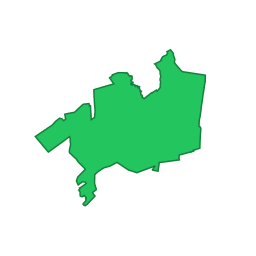 outline of Radovan, Dolj, Romania, rotated 306°
{"feature_id": "2599482B75372531804505", "entity_name": "Radovan", "entity_type": "district", "adm_level": 2, "iso_a3": "ROU", "parent_name": "Romania", "parent_adm1": "Dolj", "projection": "natural_earth1", "projection_center": [23.572, 44.174], "detail": "fine", "context": "isolated", "style": "filled", "palette": "green", "viewbox_px": 256, "rotation_deg": 306, "n_neighbors": 0, "source": "geoboundaries", "source_scale": "gbopen_adm2", "svg_char_len": 5534}
<svg xmlns="http://www.w3.org/2000/svg" viewBox="0 0 256 256"><g transform="rotate(306 128 128)"><path d="M110.7,177.7L118.5,173.6L121.6,177.0L132.4,188.3L133.8,186.8L136.3,185.3L139.0,187.6L146.0,193.2L145.8,193.3L147.8,194.6L148.1,194.1L148.8,194.5L148.8,194.3L153.9,198.0L159.3,194.3L170.7,187.0L170.8,186.6L170.7,186.4L170.9,186.1L171.1,185.7L171.3,185.6L171.1,184.4L176.2,181.1L176.8,180.8L178.4,180.2L179.7,179.5L181.5,178.6L185.7,176.3L186.6,175.8L189.4,174.2L191.9,173.0L192.5,172.6L194.3,171.8L195.5,171.1L196.1,170.8L197.2,170.1L199.0,169.1L201.4,168.0L202.0,167.7L203.8,166.7L204.9,166.2L207.0,165.1L208.2,164.4L209.6,163.8L210.1,163.5L211.2,163.2L211.3,162.9L216.2,159.5L213.3,153.9L205.5,138.8L205.9,136.1L206.9,131.6L208.1,127.3L208.5,126.9L211.1,125.6L213.4,122.2L215.0,120.7L216.3,116.4L212.6,114.6L212.3,115.3L211.9,115.9L211.8,116.1L211.4,116.1L209.8,116.1L209.5,116.3L208.5,115.5L207.7,115.1L207.2,114.7L206.5,114.3L206.1,114.2L205.1,114.2L204.8,114.2L204.5,114.3L202.7,114.5L202.0,114.7L201.9,114.8L201.9,115.0L201.8,114.9L200.5,114.6L195.5,111.9L195.5,112.4L195.8,112.7L194.3,115.4L193.8,116.5L193.7,117.0L193.7,117.7L193.6,118.6L192.9,120.3L192.6,120.7L192.3,121.1L191.8,121.4L191.0,121.9L190.7,122.3L190.3,122.7L189.1,124.1L188.7,124.3L188.0,124.6L187.3,124.8L185.7,125.7L185.3,126.1L185.0,126.8L184.6,127.2L182.9,128.1L182.2,128.6L181.5,129.0L180.3,129.8L179.5,130.2L179.5,130.3L175.0,129.9L175.1,129.4L175.3,128.6L174.4,128.3L171.7,127.2L170.4,126.8L170.3,126.7L170.3,126.3L162.6,124.2L161.2,123.8L161.3,123.5L161.3,122.5L161.2,122.2L161.1,121.7L161.1,121.4L161.3,121.2L162.0,121.1L162.5,120.5L162.8,119.8L162.8,119.7L162.5,119.1L162.5,118.8L162.9,118.4L163.3,118.2L164.4,117.4L164.6,117.3L165.3,117.3L165.5,117.3L165.5,117.2L165.5,116.9L164.8,116.7L164.7,116.6L164.7,116.4L164.9,116.3L165.6,116.1L165.8,115.2L166.2,114.8L166.7,114.1L166.6,113.4L166.7,113.2L166.9,113.0L167.1,113.0L167.3,113.0L167.6,113.2L168.1,113.2L168.3,113.1L168.3,112.9L168.2,112.8L167.9,112.5L166.8,112.5L166.6,112.4L166.9,112.1L167.1,111.7L167.6,111.4L167.6,110.5L167.6,110.3L167.3,110.1L166.3,110.0L166.1,109.8L166.0,109.7L166.0,109.1L166.2,108.9L166.8,108.6L166.9,108.2L166.5,108.0L166.5,107.7L166.6,107.3L166.5,107.1L166.3,106.6L166.2,106.4L166.0,106.2L165.6,106.3L165.4,106.2L165.4,105.9L165.3,105.5L164.9,105.3L164.9,105.1L165.1,104.5L165.3,104.3L165.5,104.2L166.0,104.2L166.2,104.4L166.6,105.2L166.9,105.4L167.4,105.5L167.6,105.5L167.8,105.2L167.9,104.9L167.6,104.7L167.3,104.4L167.2,104.2L167.3,103.9L167.6,103.7L167.9,103.4L167.8,103.1L167.8,102.8L168.0,102.4L168.6,102.2L169.0,102.3L169.5,102.8L170.3,102.3L171.1,101.9L171.2,101.7L171.2,101.4L171.6,101.1L172.1,101.0L172.3,100.8L172.3,100.7L172.3,100.4L172.2,100.3L171.6,100.6L171.4,100.5L171.3,100.3L171.4,100.2L171.5,99.6L171.6,99.2L171.4,99.0L170.9,98.6L170.9,98.3L171.3,97.8L171.1,97.2L171.8,96.3L172.0,95.9L172.0,95.6L171.9,95.2L172.1,94.7L172.0,94.3L171.9,94.3L171.3,94.3L171.1,93.9L170.9,93.8L171.0,93.5L171.0,93.4L170.9,93.2L170.6,93.0L170.6,92.5L170.5,92.3L170.1,91.8L169.9,91.6L169.6,91.1L168.4,89.5L168.1,88.9L167.9,88.8L166.9,87.6L166.7,87.3L164.9,86.1L164.5,85.9L163.3,85.0L162.6,84.7L161.9,84.1L161.7,84.1L161.5,84.3L161.5,84.6L161.4,84.6L161.2,84.4L160.3,84.3L159.8,84.5L158.8,83.9L157.7,83.6L155.4,90.6L139.0,77.9L138.1,78.6L137.9,78.6L137.1,79.2L136.2,80.0L135.6,80.4L134.9,81.1L133.8,81.8L132.0,83.3L131.2,84.0L130.0,84.9L129.5,85.4L128.8,86.0L127.9,86.6L125.6,88.7L124.9,89.3L124.4,89.8L123.3,90.7L120.8,92.4L119.5,93.1L118.8,93.6L116.9,94.7L113.2,93.4L115.4,91.5L116.7,90.5L118.4,89.1L121.6,86.4L124.0,84.6L124.0,84.4L123.2,83.8L124.7,82.3L124.8,82.1L120.9,77.8L120.7,77.7L117.4,77.0L109.3,75.5L104.0,70.5L102.0,68.8L99.5,71.3L98.7,72.3L96.3,71.8L96.1,71.6L96.1,71.4L96.2,71.0L96.5,70.1L96.6,69.6L96.1,67.9L95.7,66.9L90.9,65.5L86.2,65.0L84.8,64.7L81.9,63.6L80.0,62.8L79.3,62.7L76.7,61.6L75.7,61.4L74.1,60.7L67.6,58.4L66.7,58.0L66.1,59.9L65.4,62.7L64.6,66.2L63.8,69.0L62.8,73.2L61.7,77.7L77.9,83.0L78.3,83.0L78.6,83.3L79.7,83.6L80.8,84.0L82.4,84.4L86.7,85.8L86.2,86.4L85.8,86.9L85.0,87.8L84.7,88.1L84.1,88.4L83.3,89.0L82.5,89.7L82.3,90.1L81.7,90.5L81.2,91.1L80.2,91.5L78.8,92.3L78.0,92.7L77.9,92.6L77.1,92.9L75.1,94.0L74.4,94.4L73.9,95.0L73.6,95.3L73.4,96.0L73.4,96.3L73.5,96.9L73.3,98.1L73.1,99.1L73.0,99.7L72.6,103.5L72.6,104.0L71.7,106.3L71.2,108.1L70.9,109.7L70.8,111.1L70.4,112.8L70.2,114.3L70.0,115.7L69.6,117.6L68.7,117.6L59.0,116.2L58.6,116.2L56.4,116.9L54.8,117.5L54.6,117.8L54.2,118.4L52.7,121.2L57.5,122.7L57.9,123.0L58.1,123.2L59.1,125.5L58.4,126.8L51.1,124.3L51.0,124.2L50.8,124.8L50.7,124.9L48.9,124.6L48.8,125.1L48.5,125.5L48.3,126.4L48.1,126.8L48.0,127.0L47.8,127.1L46.3,128.1L45.0,129.3L44.8,129.5L44.9,130.1L45.3,131.0L45.5,131.2L45.7,131.4L45.9,131.8L47.7,132.2L47.3,133.8L47.1,135.1L46.4,135.1L46.0,135.2L45.8,135.4L45.8,136.0L45.7,136.1L45.1,136.2L44.6,136.5L44.2,136.6L43.8,136.6L43.2,136.6L40.6,136.2L40.1,136.3L39.9,136.6L39.7,137.5L39.7,138.0L39.8,138.5L40.0,139.1L42.6,139.9L44.7,140.1L52.9,141.3L53.6,141.3L53.9,139.8L54.9,137.3L55.0,137.3L58.0,138.2L59.5,138.6L60.6,137.4L61.5,136.1L63.5,133.6L64.5,132.8L66.3,131.6L68.6,130.0L70.5,128.6L73.9,129.1L74.8,129.3L78.8,130.8L81.3,131.8L82.1,132.3L84.1,133.8L86.1,135.5L86.7,135.8L87.5,136.3L91.5,138.2L93.7,139.3L93.8,141.7L93.9,143.3L94.0,146.9L94.3,153.2L94.7,154.2L95.7,157.3L96.6,160.0L96.8,161.0L96.9,161.3L97.7,161.9L107.9,168.6L109.3,169.6L112.9,172.1L112.9,172.3L108.5,172.3L108.4,172.4L108.4,172.6L110.7,177.7Z" fill="#22c55e" stroke="#15803d" stroke-width="1.5"/></g></svg>